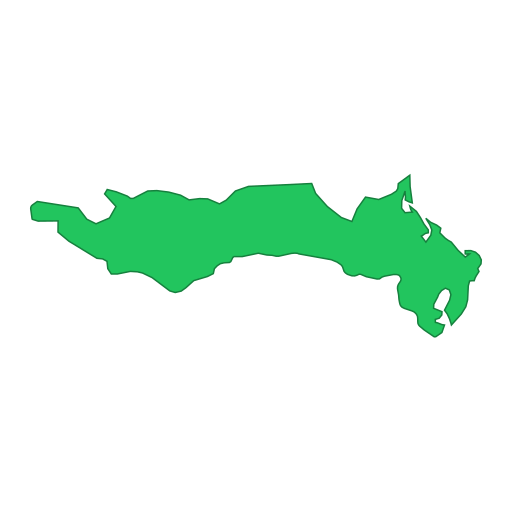 the border of Rovigo
{"feature_id": "ITA-5462", "entity_name": "Rovigo", "entity_type": "Province", "adm_level": 1, "iso_a3": "ITA", "parent_name": "Italy", "parent_adm1": "", "projection": "equal_earth", "projection_center": [12.098, 44.979], "detail": "fine", "context": "isolated", "style": "filled", "palette": "green", "viewbox_px": 512, "rotation_deg": 0, "n_neighbors": 0, "source": "natural_earth", "source_scale": "10m", "svg_char_len": 2757}
<svg xmlns="http://www.w3.org/2000/svg" viewBox="0 0 512 512"><path d="M409.8,175.2L410.1,186.5L412.3,202.9L408.9,201.8L405.2,199.9L405.5,197.1L405.1,192.8L405.1,191.0L401.8,200.6L401.6,208.3L405.0,212.7L412.3,212.1L411.2,210.4L410.6,209.1L409.8,206.1L416.4,211.4L420.5,217.7L424.0,224.1L428.3,229.9L428.3,232.8L425.7,233.3L424.3,234.1L423.2,235.0L421.3,236.1L425.9,242.1L430.8,235.3L431.8,230.0L429.8,224.7L425.8,218.3L430.7,222.3L436.7,225.1L440.8,228.2L439.8,232.8L445.1,238.1L447.8,240.1L451.3,242.1L458.0,250.3L465.3,257.1L469.6,253.9L468.5,253.8L466.2,254.1L465.2,253.9L465.2,250.7L470.8,250.6L475.5,252.2L479.2,255.5L481.3,259.9L481.0,263.9L477.7,268.6L479.0,271.5L476.3,275.7L475.1,278.0L474.2,280.7L472.2,280.7L469.6,281.0L468.3,285.8L467.6,299.9L465.8,306.8L461.3,314.0L451.4,325.0L450.9,323.1L449.5,318.8L447.2,313.9L444.5,310.2L449.6,300.2L450.9,294.7L449.3,289.9L445.4,288.2L441.6,290.5L438.7,294.2L437.6,297.1L433.8,304.2L433.6,308.3L442.0,311.7L441.8,315.0L439.2,318.2L435.3,319.4L435.4,322.4L437.7,322.9L441.9,324.6L444.5,325.0L441.9,332.5L435.8,336.7L434.3,336.8L434.2,336.8L424.1,329.9L419.6,326.1L418.7,325.0L418.0,323.6L417.8,321.9L417.7,318.2L417.5,316.5L416.9,315.1L416.1,313.8L415.1,312.8L413.9,311.8L411.9,310.9L404.4,308.4L402.0,307.2L400.6,305.7L400.0,304.3L399.6,302.8L399.0,299.5L398.6,294.9L397.7,290.0L397.5,288.4L397.6,286.6L398.1,285.0L398.8,283.7L400.5,281.2L401.0,279.8L401.0,278.4L400.5,277.2L399.7,275.9L398.6,275.0L396.5,274.5L393.4,274.5L384.5,276.2L382.2,277.0L381.1,277.7L380.2,278.4L379.4,278.9L377.0,279.0L366.3,276.7L360.7,274.3L359.1,274.2L356.8,275.3L354.6,275.9L351.8,275.8L347.4,274.3L345.4,272.9L344.1,271.4L342.6,267.0L341.9,265.8L340.9,264.7L337.1,262.1L331.3,259.7L298.9,253.9L297.4,253.3L294.8,253.1L291.4,253.4L278.7,256.2L276.2,256.2L272.1,255.3L266.8,255.0L258.3,253.2L242.2,256.6L234.0,256.6L232.8,257.5L230.8,261.6L229.4,262.5L224.1,262.8L220.3,263.7L217.3,265.7L214.4,268.7L213.3,273.6L207.5,276.5L193.8,280.6L185.8,287.8L181.2,291.1L175.2,292.5L169.8,290.9L152.1,277.6L142.5,273.0L137.4,271.8L130.3,271.4L117.3,274.0L111.3,274.0L107.8,268.7L107.0,261.3L102.6,258.9L96.9,258.3L68.9,241.2L58.0,232.1L58.1,220.9L38.1,221.1L32.3,219.3L32.0,218.4L30.7,208.8L30.8,207.3L31.4,206.0L32.4,205.0L37.3,201.5L78.2,207.9L86.8,219.2L96.0,223.8L109.5,218.0L116.0,206.5L104.6,193.9L106.6,190.6L107.2,189.5L116.2,191.8L127.3,196.1L130.5,198.4L133.3,198.4L147.7,191.0L156.8,190.6L168.8,192.1L180.6,195.2L189.1,199.9L199.6,198.6L207.7,198.9L219.5,203.9L226.3,200.1L235.4,191.0L248.5,186.4L289.3,184.6L311.7,183.5L315.6,193.4L327.3,206.5L341.3,217.5L351.9,221.5L357.1,208.9L365.5,197.1L378.7,199.5L391.4,194.3L396.3,191.1L397.8,188.6L398.3,183.6L409.8,175.2Z" fill="#22c55e" stroke="#15803d" stroke-width="1.5"/></svg>